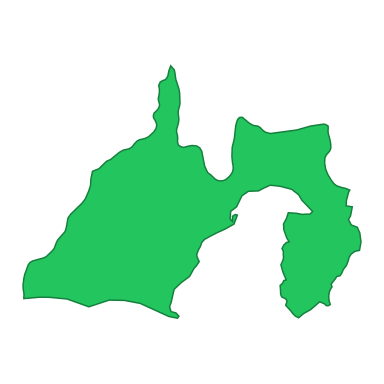 the border of Shizuoka
{"feature_id": "JPN-1845", "entity_name": "Shizuoka", "entity_type": "Prefecture", "adm_level": 1, "iso_a3": "JPN", "parent_name": "Japan", "parent_adm1": "", "projection": "albers", "projection_center": [138.464, 35.111], "detail": "fine", "context": "isolated", "style": "filled", "palette": "green", "viewbox_px": 384, "rotation_deg": 0, "n_neighbors": 0, "source": "natural_earth", "source_scale": "10m", "svg_char_len": 3299}
<svg xmlns="http://www.w3.org/2000/svg" viewBox="0 0 384 384"><path d="M349.8,190.1L348.7,192.0L346.4,200.5L346.2,205.9L352.3,206.8L351.4,211.4L350.5,216.0L348.5,219.5L351.3,225.0L357.3,227.3L359.8,232.9L361.0,241.9L359.5,250.4L355.2,251.2L351.2,254.0L349.1,257.4L348.2,260.8L346.4,265.5L343.3,269.5L341.8,273.1L340.1,275.7L336.7,276.5L335.3,278.9L333.7,280.8L331.2,284.1L332.0,286.9L330.9,288.5L329.3,291.9L328.7,296.3L329.1,300.8L330.3,304.5L328.1,305.8L326.1,305.5L324.5,303.8L319.7,301.8L310.7,309.6L303.7,313.5L298.6,317.8L295.5,316.2L292.7,313.5L290.4,310.4L285.7,305.3L287.0,301.4L286.2,299.5L284.7,298.2L283.2,297.7L281.7,296.8L280.7,294.5L280.5,290.2L280.1,285.4L282.6,283.3L283.7,280.6L286.2,279.9L283.0,272.2L280.9,264.8L282.8,260.7L283.7,256.6L283.3,256.0L283.3,251.0L282.0,248.6L283.8,245.0L286.6,242.4L289.2,241.9L286.9,238.2L286.0,235.8L283.9,229.9L283.5,224.0L286.5,218.4L288.3,212.7L296.4,213.3L302.2,214.4L306.1,214.1L309.9,214.2L312.6,211.5L301.7,200.0L298.7,194.8L291.7,189.3L279.9,186.2L270.3,185.2L263.8,188.1L258.5,190.9L248.4,191.3L241.9,195.8L236.6,206.8L230.7,211.3L230.1,219.0L232.5,221.4L232.5,216.3L235.3,214.5L237.4,215.1L234.0,224.1L224.8,229.2L217.1,232.7L211.2,235.7L204.5,239.4L201.7,242.6L200.4,246.5L198.4,250.0L196.7,254.5L197.1,257.0L199.2,261.6L196.2,266.1L194.0,268.4L189.6,276.4L180.9,282.9L174.1,289.4L171.2,302.2L169.6,306.7L171.0,311.6L175.9,312.9L178.9,316.2L177.5,318.2L168.9,316.5L140.2,303.4L124.2,300.4L109.2,300.1L88.9,306.8L67.1,299.0L49.4,297.3L39.7,297.2L23.8,298.6L24.0,294.7L23.9,293.1L23.3,289.8L23.0,285.3L23.8,278.7L24.8,274.2L28.3,264.7L30.2,262.3L33.0,260.8L43.4,258.0L45.1,257.3L46.6,256.3L52.6,250.5L54.4,248.0L55.9,243.8L57.6,240.1L65.1,231.5L66.2,228.0L68.0,218.0L70.7,214.2L81.9,203.3L85.3,198.9L88.7,191.1L90.5,185.5L90.9,179.1L92.5,171.3L99.0,168.7L106.5,161.3L110.6,159.5L119.4,152.3L123.3,150.1L128.4,149.0L130.7,147.9L132.5,146.4L134.3,143.9L137.0,141.1L139.3,139.8L144.9,138.5L148.5,136.8L153.9,131.8L156.0,128.5L156.8,125.2L156.2,122.8L155.1,120.4L153.6,118.0L153.3,115.7L154.1,113.1L157.6,109.7L159.2,106.8L159.6,104.4L158.8,101.8L158.2,98.9L159.1,94.6L159.4,91.5L159.3,88.4L158.7,85.5L160.2,82.1L162.4,80.7L165.3,79.7L166.9,77.8L167.9,75.8L168.9,70.8L170.7,65.8L174.2,69.8L174.8,72.1L175.8,79.3L178.8,88.5L179.6,92.7L180.0,103.2L179.6,105.8L178.3,110.7L178.2,113.2L178.9,119.4L178.4,123.2L176.6,129.4L176.6,132.2L177.4,135.1L177.7,137.7L177.6,140.1L177.6,142.5L178.4,145.0L180.6,146.6L183.7,147.4L188.0,146.2L192.1,145.5L196.8,146.0L199.8,147.9L201.7,151.2L204.6,165.8L206.1,169.4L207.8,172.7L210.8,174.9L214.9,178.9L217.2,180.3L219.8,180.9L222.7,180.8L225.6,179.7L228.6,177.2L230.7,174.9L231.8,173.2L232.5,171.8L232.9,170.5L233.2,168.6L233.1,165.7L232.5,162.7L231.9,156.5L232.2,147.4L234.3,138.7L235.7,126.1L236.6,122.3L237.8,119.2L239.7,117.4L242.3,117.3L249.6,123.4L253.5,125.5L257.9,126.1L260.6,127.9L262.4,130.0L265.4,132.2L270.4,133.5L296.7,130.0L310.8,126.0L323.6,124.1L325.6,124.5L328.0,125.9L328.2,127.7L328.0,132.0L328.4,133.8L328.7,135.3L329.4,137.4L330.5,142.5L330.8,145.3L330.8,148.0L330.4,149.4L329.5,151.3L326.2,155.1L324.9,158.0L324.6,162.7L325.6,168.9L327.7,174.3L331.4,180.4L333.4,183.1L334.8,184.4L336.7,185.8L341.3,187.4L345.5,188.4L349.8,190.1Z" fill="#22c55e" stroke="#15803d" stroke-width="1.5"/></svg>